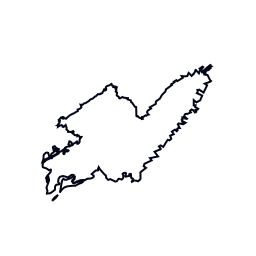 the district of Feni, Chittagong, Bangladesh, rotated 53°
{"feature_id": "16705992B83268326466345", "entity_name": "Feni", "entity_type": "district", "adm_level": 2, "iso_a3": "BGD", "parent_name": "Bangladesh", "parent_adm1": "Chittagong", "projection": "equal_earth", "projection_center": [91.37, 23.021], "detail": "fine", "context": "isolated", "style": "outline", "palette": "ink", "viewbox_px": 256, "rotation_deg": 53, "n_neighbors": 0, "source": "geoboundaries", "source_scale": "gbopen_adm2", "svg_char_len": 5922}
<svg xmlns="http://www.w3.org/2000/svg" viewBox="0 0 256 256"><g transform="rotate(53 128 128)"><path d="M176.6,149.9L176.1,148.6L170.8,144.7L170.7,137.6L167.9,138.5L166.5,136.4L168.1,128.6L165.3,128.6L168.8,121.1L162.9,121.1L164.6,114.7L164.3,114.4L161.3,114.4L161.5,112.5L164.3,111.2L161.3,103.5L162.8,102.4L162.7,100.0L159.5,99.0L160.5,95.2L157.3,95.1L157.6,91.5L159.9,91.0L159.6,89.7L158.5,89.8L158.1,87.8L159.1,86.7L155.0,86.0L154.9,84.7L158.3,81.5L158.4,79.0L157.4,79.7L157.2,79.5L156.8,79.7L156.9,80.4L156.6,80.4L156.9,80.8L156.3,80.7L156.3,81.1L155.3,80.8L154.4,79.7L153.9,80.2L153.6,80.0L153.6,79.4L152.8,78.7L152.9,78.4L152.4,78.1L154.8,76.7L156.1,75.6L156.1,75.3L152.3,76.1L151.3,74.0L152.0,72.5L152.4,72.3L153.4,68.4L151.7,68.3L151.5,66.1L153.1,65.2L155.9,65.2L156.1,63.7L154.2,63.1L155.2,61.5L154.9,60.4L151.6,61.7L150.5,60.4L149.5,61.9L145.3,58.7L148.7,57.9L149.3,53.6L146.7,49.2L141.7,52.0L141.6,51.1L140.4,50.3L140.4,50.0L139.4,49.6L140.2,48.5L140.2,48.1L145.2,46.3L141.5,39.1L138.8,40.0L140.5,34.6L140.4,33.4L138.8,33.6L133.7,32.6L131.8,34.3L131.8,33.7L130.7,32.9L129.9,35.4L129.9,34.8L129.7,34.7L130.0,34.2L129.7,33.6L129.4,33.7L129.1,32.9L129.3,32.7L129.0,32.3L129.3,31.6L129.6,31.8L129.2,29.9L129.8,29.8L130.2,28.4L129.6,27.6L129.7,27.2L129.4,27.4L129.7,26.8L129.3,25.9L129.1,26.0L129.1,24.6L128.5,25.2L127.8,24.1L127.2,24.0L127.1,23.6L127.8,35.3L126.1,34.9L125.4,33.8L124.6,31.3L123.8,31.6L123.7,35.1L124.7,35.1L127.0,38.5L122.5,38.9L122.3,39.1L123.6,41.0L124.1,42.5L124.0,43.1L124.5,43.4L124.5,45.2L124.7,45.8L120.5,46.4L122.2,49.4L121.0,51.5L118.8,53.9L120.9,54.1L120.2,60.5L118.9,60.6L118.6,63.4L119.5,63.4L119.1,67.1L120.1,67.0L120.0,74.6L121.3,76.0L122.1,81.2L123.7,84.8L123.6,89.8L125.5,91.3L124.6,98.1L126.3,97.9L126.0,101.9L126.9,103.3L128.7,103.7L129.6,103.5L129.3,104.2L129.2,106.0L128.4,106.4L128.4,108.8L127.7,110.1L129.6,110.6L129.2,111.5L128.8,111.3L127.9,111.6L127.6,112.2L126.3,112.9L124.3,113.1L124.1,113.9L123.5,114.1L116.2,108.9L115.3,109.7L110.2,109.5L109.5,109.9L107.6,109.2L104.9,111.1L104.1,110.1L103.1,111.2L103.0,111.7L102.4,111.8L101.0,113.4L99.9,113.7L99.5,116.7L98.6,117.1L97.5,116.6L95.8,117.3L95.0,117.3L93.1,115.4L91.5,115.9L90.8,114.5L89.5,114.5L89.3,113.2L88.6,112.4L87.4,113.1L87.5,114.2L86.6,115.0L86.2,114.2L85.0,114.7L84.7,115.1L82.9,114.7L82.6,117.7L81.9,119.3L81.9,120.7L82.3,121.4L83.6,121.8L84.4,122.6L84.2,123.7L82.8,123.6L82.7,123.9L83.0,124.3L83.4,124.2L84.1,126.8L84.7,127.6L84.3,129.4L83.9,129.5L83.8,130.9L83.0,131.4L82.9,131.9L83.3,134.9L83.0,135.6L83.3,138.1L82.5,141.4L82.9,142.4L82.6,146.9L81.9,148.1L82.1,150.5L81.5,151.0L81.7,151.4L81.0,151.9L83.3,152.6L83.6,153.8L83.6,155.0L83.0,157.1L84.2,157.7L83.6,163.1L83.3,163.7L82.9,166.5L82.9,169.0L83.3,171.9L82.1,172.5L81.8,173.8L81.4,174.2L80.9,174.1L80.3,173.2L79.9,173.6L79.7,174.1L80.3,174.8L79.4,175.1L79.3,175.5L79.7,175.8L79.8,178.2L80.2,178.1L80.7,179.0L81.2,178.7L81.0,178.3L81.3,178.1L82.2,179.0L82.5,179.9L82.7,179.3L82.8,180.7L83.6,181.4L83.5,182.6L84.0,182.1L84.9,183.1L85.0,181.0L85.9,179.1L86.7,179.0L87.6,179.5L87.9,179.3L87.8,178.7L88.4,178.6L88.1,176.0L91.1,177.0L92.2,178.1L94.3,177.5L95.0,178.2L96.9,175.9L97.4,173.7L98.2,173.6L98.6,174.1L98.9,175.5L100.4,174.9L101.5,174.9L102.5,174.0L102.9,172.9L103.9,173.4L103.9,172.3L104.2,171.9L106.4,172.2L106.8,170.7L107.1,170.5L108.0,173.5L110.0,175.0L110.5,176.4L110.5,177.5L110.0,178.0L108.3,176.7L107.9,177.1L108.1,179.0L107.7,180.8L108.3,182.5L108.2,183.2L107.6,183.3L105.6,181.8L103.6,182.5L103.4,183.0L105.4,185.5L107.7,184.7L107.7,185.3L106.2,188.2L105.9,190.3L106.3,190.6L108.5,190.3L109.9,189.1L110.3,189.1L110.4,190.3L109.5,191.4L109.1,192.8L110.4,194.4L110.0,195.1L109.2,194.9L108.3,194.0L107.3,191.7L106.7,191.5L106.4,191.8L106.4,195.1L105.9,197.6L106.4,198.2L106.6,199.2L105.6,206.9L106.2,206.8L106.3,207.1L105.5,207.8L104.4,212.7L104.8,217.0L106.4,218.7L108.1,219.6L111.3,217.4L114.3,216.4L114.7,214.7L115.1,214.7L116.6,216.5L117.7,221.1L119.2,221.0L122.3,222.5L126.6,229.0L129.6,230.1L131.6,232.2L133.2,229.5L133.4,228.5L133.4,223.6L130.9,221.5L130.3,220.3L130.2,219.3L131.5,217.1L131.4,216.6L130.9,216.2L129.4,216.3L128.5,215.9L126.7,213.9L126.1,212.0L126.6,210.0L127.6,208.4L131.3,205.7L131.5,201.5L131.9,200.5L132.9,199.7L134.9,199.7L136.6,201.4L136.9,203.9L138.0,204.4L139.1,204.3L139.5,203.5L139.8,201.4L141.1,197.3L142.9,194.5L143.8,193.6L144.0,191.1L145.8,188.4L146.4,186.7L146.5,185.4L146.1,184.5L145.4,184.1L142.9,184.7L142.5,179.4L143.8,177.4L142.2,176.2L142.1,175.4L141.8,175.0L144.1,175.3L151.9,174.6L152.1,174.3L153.3,174.5L154.4,175.4L157.5,175.1L158.1,173.0L163.2,170.3L163.8,168.9L163.0,166.6L163.0,165.8L165.4,164.0L165.2,162.4L164.4,161.3L163.3,160.5L161.4,159.9L161.3,158.7L162.1,157.1L163.0,156.8L164.7,159.1L165.4,159.2L167.3,155.2L165.8,154.9L165.7,154.6L166.0,153.8L166.6,153.4L169.5,155.4L171.4,154.6L172.0,155.2L173.0,157.1L173.4,157.2L173.6,154.5L176.7,151.8L176.4,151.2L176.6,149.9ZM143.8,196.2L142.6,196.7L142.2,197.3L140.4,201.5L139.9,204.2L138.9,205.0L136.8,204.8L136.2,203.9L135.8,201.6L135.0,200.8L133.8,200.4L133.5,204.3L132.2,208.4L131.2,209.7L129.6,210.2L130.0,211.5L131.0,213.1L137.4,219.9L138.5,221.4L137.3,217.5L137.2,214.4L138.0,211.7L141.1,206.5L142.4,204.9L142.9,201.1L143.9,197.9L143.8,196.2ZM104.2,208.4L99.9,206.7L98.7,207.6L98.4,209.0L98.5,210.4L99.0,211.8L101.8,214.1L103.3,216.3L103.3,212.8L104.2,208.4ZM104.5,207.2L105.8,200.4L105.7,199.4L105.1,198.8L102.7,199.8L100.8,199.6L100.5,199.1L100.7,197.8L103.5,196.2L103.2,195.9L101.1,197.3L98.4,197.5L97.9,199.2L98.6,199.9L100.0,200.2L100.7,200.8L102.4,200.7L102.6,202.8L102.5,204.6L103.9,206.9L104.5,207.2ZM118.5,223.5L120.7,224.2L122.0,225.1L122.6,225.2L122.9,224.6L122.3,223.3L121.0,222.4L119.1,221.5L117.7,221.4L118.5,223.5ZM139.3,224.1L139.3,227.3L139.6,229.9L140.5,232.4L140.4,228.2L139.3,224.1ZM103.8,196.7L101.8,198.0L101.7,198.6L102.6,198.7L104.2,197.5L103.8,196.7Z" fill="none" stroke="#020617" stroke-width="2"/></g></svg>